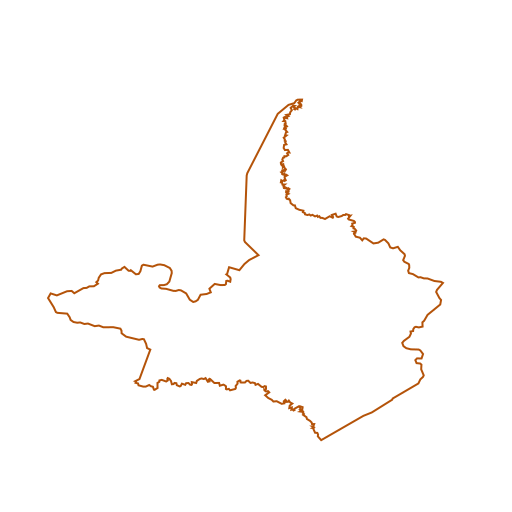 Quevedo, Los Rios, Ecuador, rotated 104°
{"feature_id": "8360857B67101317912818", "entity_name": "Quevedo", "entity_type": "district", "adm_level": 2, "iso_a3": "ECU", "parent_name": "Ecuador", "parent_adm1": "Los Rios", "projection": "natural_earth1", "projection_center": [-79.508, -1.068], "detail": "fine", "context": "isolated", "style": "outline", "palette": "amber", "viewbox_px": 512, "rotation_deg": 104, "n_neighbors": 0, "source": "geoboundaries", "source_scale": "gbopen_adm2", "svg_char_len": 6107}
<svg xmlns="http://www.w3.org/2000/svg" viewBox="0 0 512 512"><g transform="rotate(104 256 256)"><path d="M236.9,68.1L236.3,70.3L237.1,76.9L236.3,84.2L237.1,87.6L236.8,91.3L237.5,93.2L235.6,99.4L235.6,103.5L233.5,104.8L230.4,104.4L227.7,105.2L226.8,105.9L225.7,110.7L224.4,112.2L219.8,111.5L218.3,112.3L215.6,117.4L212.8,120.6L215.4,124.9L215.2,127.8L211.7,130.6L209.2,134.7L209.0,136.2L213.5,140.6L215.4,145.1L212.4,153.4L212.8,155.7L215.1,156.7L213.1,159.6L213.1,163.9L210.8,166.1L211.0,167.0L209.4,165.1L208.9,165.2L208.6,166.7L208.0,165.1L207.1,164.9L205.7,166.8L205.6,168.1L204.1,168.2L203.9,170.5L202.9,169.8L201.3,170.5L199.8,168.0L199.0,168.3L198.3,169.5L198.1,174.9L197.5,175.7L194.0,174.1L194.6,175.5L193.8,175.7L193.6,178.8L194.5,179.2L195.1,181.3L196.5,182.5L198.3,185.7L198.1,187.3L195.7,189.0L197.8,192.3L199.6,190.6L200.3,190.8L199.6,194.1L203.4,198.0L203.0,200.9L203.4,202.7L202.1,204.2L203.1,205.4L202.0,206.4L203.3,208.3L202.4,211.2L203.5,212.7L202.8,214.3L203.8,216.0L203.7,218.5L202.5,219.0L202.1,221.1L200.6,221.0L200.7,225.1L200.0,229.0L197.5,230.5L197.8,231.9L196.3,235.2L193.6,236.4L192.5,238.0L193.1,238.4L193.0,240.1L191.7,241.2L190.8,240.6L189.2,241.3L187.8,239.6L187.4,241.1L186.4,240.6L186.8,242.2L185.9,242.4L185.6,240.1L184.2,240.4L182.9,239.8L182.4,241.2L183.5,242.0L182.6,243.0L183.2,243.7L183.3,245.1L182.1,245.0L182.2,246.0L181.1,246.4L179.7,245.4L180.3,247.6L178.4,248.6L178.5,249.7L176.4,249.8L176.9,248.2L175.3,246.9L176.0,246.3L175.3,245.8L176.0,244.9L173.2,247.2L172.0,247.2L170.2,245.3L169.8,246.5L170.8,247.8L169.4,248.3L170.4,249.5L170.2,250.4L169.2,250.6L168.6,251.7L167.8,250.6L166.8,251.2L166.1,250.1L166.7,249.4L164.7,249.2L165.7,248.2L164.7,247.9L163.9,249.3L161.9,250.8L163.2,251.4L160.6,251.9L161.7,253.1L161.1,253.6L160.6,253.0L160.5,254.1L159.3,254.5L157.4,252.7L156.1,253.8L154.0,253.5L153.5,252.4L152.3,252.6L151.9,250.7L150.2,249.2L148.8,250.7L147.7,249.9L147.5,248.7L145.3,250.7L146.2,253.6L144.5,255.3L141.4,255.6L140.3,253.5L138.8,255.1L137.5,254.9L137.3,256.0L135.9,256.2L134.5,257.7L131.7,255.6L131.8,257.0L128.8,256.8L128.1,255.8L126.5,258.1L125.3,257.9L125.8,259.6L124.0,259.4L122.7,257.4L122.0,258.3L122.1,259.9L120.9,260.1L120.2,259.3L118.1,260.2L118.4,261.9L117.3,261.3L115.0,262.6L114.0,261.5L114.9,261.0L114.8,259.2L113.7,259.9L112.5,258.4L111.7,260.5L110.2,257.4L108.4,257.6L105.8,256.5L103.9,258.2L101.1,256.3L101.0,254.8L102.2,255.8L103.0,254.1L104.2,254.4L104.4,253.6L103.0,253.0L103.4,251.3L101.1,251.5L101.0,249.5L100.3,250.6L99.2,250.4L99.3,248.4L98.5,248.5L96.4,250.8L97.3,251.3L97.0,251.9L94.7,250.4L94.7,249.1L93.1,249.2L94.2,253.3L95.3,254.6L98.4,255.8L101.5,261.0L112.8,269.3L177.8,284.5L180.2,284.5L243.7,271.2L245.1,270.1L254.6,253.8L261.5,261.6L266.6,265.3L273.8,268.7L273.4,279.4L280.4,279.7L281.0,280.3L283.1,275.8L284.6,275.0L287.2,274.8L286.9,277.8L287.4,278.8L290.6,278.4L291.7,279.3L292.8,283.4L293.1,289.3L299.0,293.3L302.2,291.1L304.8,294.7L307.0,300.4L312.6,301.8L314.6,303.6L315.8,305.8L314.4,309.7L309.2,314.7L307.5,320.5L307.7,322.7L309.3,325.4L309.8,327.7L309.6,335.3L310.4,339.9L309.9,341.9L308.8,342.8L307.6,342.3L306.5,338.3L305.0,335.7L301.8,333.9L293.0,333.6L290.8,334.3L288.5,336.7L287.1,342.8L287.4,347.0L288.2,349.3L291.3,353.8L291.7,363.1L293.0,364.4L298.8,364.5L301.8,365.5L302.8,368.1L300.1,374.0L300.8,374.3L301.1,376.1L298.4,381.0L300.7,383.2L301.9,383.5L304.1,388.4L307.4,392.3L309.3,398.9L311.3,401.9L315.1,403.3L318.0,403.3L320.0,404.6L321.1,402.7L324.6,406.0L325.8,410.4L327.9,412.6L328.9,415.7L336.1,423.3L334.5,426.4L335.9,430.8L342.4,439.7L342.0,446.2L347.1,447.6L354.6,439.9L358.8,436.6L359.2,435.0L357.6,425.2L360.5,422.0L362.9,420.4L364.2,417.1L364.0,413.3L363.0,410.5L363.5,406.1L362.2,402.7L363.1,395.5L361.5,391.6L362.1,386.9L359.6,377.2L359.3,370.0L360.9,368.5L363.5,367.7L365.7,362.5L365.6,349.2L364.0,346.2L363.9,344.6L367.8,341.4L371.7,339.4L372.4,335.9L403.6,339.3L406.6,342.8L406.7,342.0L408.2,342.2L408.2,339.6L409.9,338.7L410.0,333.8L409.4,331.4L407.0,328.4L407.8,326.4L407.8,324.4L410.4,322.7L410.4,322.0L407.9,319.6L403.0,320.9L401.5,319.4L400.1,319.6L399.0,317.5L399.5,312.8L398.1,311.5L396.8,312.3L395.8,312.1L396.1,310.4L397.9,308.2L400.8,306.6L400.2,305.0L398.9,304.4L398.7,302.5L400.5,301.6L401.0,298.4L400.3,297.6L397.8,297.0L398.1,293.5L396.3,293.0L395.6,290.8L396.8,288.8L396.7,287.4L395.9,287.1L393.9,287.8L393.7,283.3L391.5,283.2L388.9,280.8L388.0,279.2L388.0,276.8L386.7,275.4L389.7,272.3L388.9,270.8L387.2,271.9L386.4,271.4L386.5,270.7L389.3,265.7L388.1,261.1L390.6,259.7L388.7,256.5L388.9,255.5L389.7,253.6L392.3,253.0L392.5,252.1L391.5,250.2L392.6,248.7L390.0,243.9L388.8,243.6L387.1,244.3L384.3,243.0L382.5,243.6L380.6,241.7L380.7,241.0L382.4,240.4L382.3,239.4L381.4,236.1L379.5,235.0L378.9,233.4L380.5,230.6L379.6,228.8L379.6,226.3L381.1,225.3L379.6,223.1L381.6,219.0L381.4,217.2L380.2,216.2L380.2,214.8L382.6,214.1L383.4,214.8L383.4,215.7L384.3,215.3L385.0,213.5L384.2,211.6L385.1,210.2L388.9,213.4L390.8,209.8L391.7,206.0L393.0,203.9L391.9,200.8L393.2,195.3L392.1,192.9L390.3,193.9L388.4,192.7L389.1,191.6L390.4,191.8L389.7,189.6L388.4,189.1L389.8,187.5L390.4,185.1L393.0,187.1L395.5,186.9L394.3,184.6L396.6,184.5L396.0,183.5L396.8,182.2L396.2,181.5L395.7,182.1L395.0,181.8L391.5,178.1L392.7,176.6L391.2,176.6L391.4,174.2L393.2,174.0L394.6,176.0L395.4,174.4L396.2,175.4L396.1,174.2L395.1,173.3L395.9,172.3L397.0,172.5L397.7,171.3L398.7,171.9L400.2,168.0L401.8,167.2L402.9,163.7L404.1,161.7L405.5,161.0L405.0,158.9L407.4,159.2L407.7,160.1L408.2,158.5L409.2,159.5L409.1,158.4L410.2,158.3L413.2,155.9L412.8,153.7L414.2,152.6L416.0,152.4L418.9,148.2L385.1,113.1L379.8,105.8L362.5,89.1L361.2,88.9L340.4,67.6L336.0,66.7L332.9,64.7L331.2,64.4L326.0,68.3L321.4,69.2L320.6,70.7L321.1,74.3L318.5,76.2L316.4,75.0L315.4,70.6L310.7,70.2L307.9,73.7L307.4,75.5L309.1,83.2L309.1,87.9L307.8,91.1L304.9,93.1L302.6,92.0L297.3,87.6L293.8,86.9L291.9,87.8L290.8,85.4L288.9,85.7L286.8,84.9L286.0,83.7L285.9,80.7L284.2,77.3L280.1,78.5L278.2,77.2L271.6,75.3L258.5,65.5L253.9,65.8L252.4,67.9L247.3,72.5L245.1,72.2L236.9,68.1Z" fill="none" stroke="#b45309" stroke-width="2"/></g></svg>